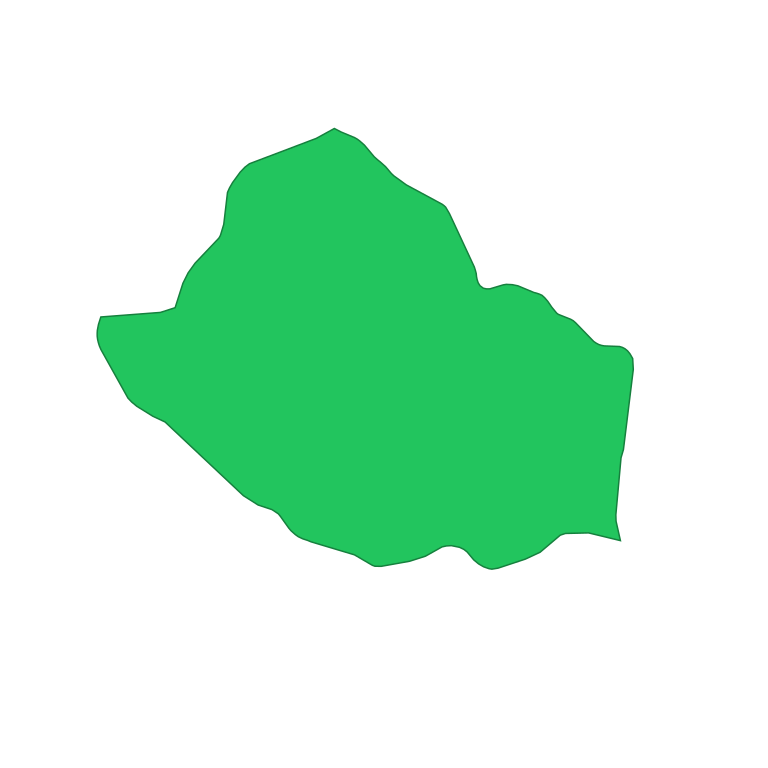 an SVG outline of Flores, rotated 148°
{"feature_id": "URY-7", "entity_name": "Flores", "entity_type": "Department", "adm_level": 1, "iso_a3": "URY", "parent_name": "Uruguay", "parent_adm1": "", "projection": "natural_earth1", "projection_center": [-56.945, -33.556], "detail": "fine", "context": "isolated", "style": "filled", "palette": "green", "viewbox_px": 768, "rotation_deg": 148, "n_neighbors": 0, "source": "natural_earth", "source_scale": "10m", "svg_char_len": 1707}
<svg xmlns="http://www.w3.org/2000/svg" viewBox="0 0 768 768"><g transform="rotate(148 384 384)"><path d="M266.5,125.9L289.4,149.3L309.3,161.1L314.6,162.4L340.8,158.6L357.0,160.6L384.9,167.4L390.6,169.8L392.8,171.7L396.4,176.2L399.1,181.3L401.1,187.3L402.5,197.5L403.9,201.4L406.5,205.5L412.5,211.2L416.9,213.6L421.1,215.1L440.1,216.0L456.2,220.1L483.1,230.9L488.3,234.3L490.0,236.5L499.6,254.8L529.5,288.8L531.7,291.9L534.9,295.7L537.6,299.9L539.0,303.3L540.6,308.8L541.1,312.1L542.0,326.5L542.4,329.9L545.6,336.9L554.9,348.1L562.4,363.8L589.8,467.8L597.1,479.1L605.4,496.0L607.5,502.3L608.6,507.7L605.8,563.2L605.2,567.1L604.3,570.5L603.2,573.7L601.9,576.5L600.3,579.1L598.6,581.5L594.5,585.9L588.6,590.9L535.7,563.2L520.7,559.4L501.1,576.0L491.1,582.1L480.1,586.6L446.8,595.2L444.8,596.2L443.4,597.2L435.3,604.3L415.2,629.4L411.2,632.1L405.6,635.1L393.6,639.9L386.9,641.6L381.4,642.1L311.4,628.2L290.7,627.0L286.8,620.4L278.3,608.4L276.9,605.8L275.8,603.0L274.0,596.9L271.9,581.9L270.7,577.7L269.5,574.3L267.5,567.4L266.2,558.6L265.3,555.2L259.6,541.1L239.3,505.4L238.5,503.2L238.0,501.3L238.2,493.8L245.4,435.3L246.3,431.9L247.3,428.7L248.6,426.1L249.7,423.2L250.5,420.0L250.5,416.5L249.0,412.6L246.6,410.3L243.8,408.6L230.4,404.9L227.5,403.7L222.6,400.3L218.4,396.3L208.4,382.2L206.4,380.1L204.6,377.9L203.0,375.5L202.0,371.9L201.3,367.3L201.0,360.2L200.0,352.6L199.4,351.0L199.3,350.9L199.2,350.6L191.4,340.0L190.0,337.4L189.1,334.5L183.6,308.9L182.4,306.2L180.9,303.6L179.0,301.4L176.9,299.5L164.4,291.0L162.5,288.8L161.0,286.3L159.9,283.1L159.4,279.2L159.6,273.8L164.9,264.2L215.7,201.5L222.1,195.8L256.7,150.2L259.9,144.7L266.5,125.9Z" fill="#22c55e" stroke="#15803d" stroke-width="1.5"/></g></svg>